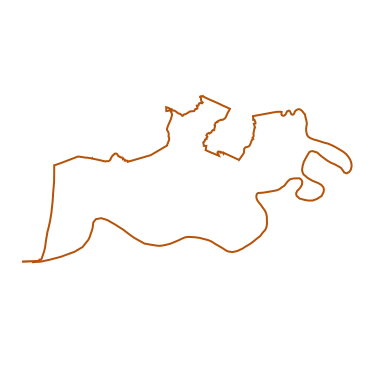 the district of Pueblo Viejo, Veracruz, Mexico, rotated 192°
{"feature_id": "50627088B14771067875898", "entity_name": "Pueblo Viejo", "entity_type": "district", "adm_level": 2, "iso_a3": "MEX", "parent_name": "Mexico", "parent_adm1": "Veracruz", "projection": "mercator", "projection_center": [-97.929, 22.164], "detail": "fine", "context": "isolated", "style": "outline", "palette": "amber", "viewbox_px": 384, "rotation_deg": 192, "n_neighbors": 0, "source": "geoboundaries", "source_scale": "gbopen_adm2", "svg_char_len": 5999}
<svg xmlns="http://www.w3.org/2000/svg" viewBox="0 0 384 384"><g transform="rotate(192 192 192)"><path d="M227.5,131.6L226.3,131.8L223.6,131.8L215.4,132.2L212.4,132.6L210.3,133.3L207.2,134.6L202.4,136.9L194.9,142.1L192.7,143.9L189.2,146.3L186.0,147.4L180.0,148.3L175.4,148.7L166.1,148.3L162.5,147.6L159.2,146.3L150.9,143.6L146.7,141.9L145.2,141.5L144.2,141.4L141.6,141.5L139.5,141.8L138.3,142.4L135.7,143.5L130.5,147.4L129.5,148.6L126.9,150.9L123.4,154.3L118.2,160.7L116.1,163.2L114.3,167.0L112.5,170.1L111.9,172.8L112.0,176.5L113.4,182.3L114.1,184.5L115.3,187.0L117.2,189.3L120.1,191.9L121.9,193.7L123.5,194.9L125.8,196.9L126.9,198.1L127.8,199.8L128.2,201.4L128.2,202.8L128.1,203.5L127.5,204.4L126.7,204.9L122.1,206.2L112.9,209.8L109.4,211.3L107.1,212.9L105.0,215.4L103.1,217.1L100.6,222.3L98.8,224.8L95.4,226.4L92.1,227.2L89.8,227.7L87.8,226.9L86.2,224.9L86.0,221.8L86.8,219.3L87.7,217.4L89.3,215.0L89.9,212.3L88.9,210.0L85.4,208.0L80.5,207.7L76.6,207.8L72.1,208.8L68.3,211.2L64.3,215.2L63.3,219.4L63.5,222.0L64.7,224.2L67.0,225.8L70.4,227.0L73.6,227.5L76.6,228.1L79.5,229.0L82.3,230.0L84.6,231.4L86.5,232.3L87.9,234.2L89.0,236.6L89.2,240.5L88.9,244.7L87.5,249.7L85.6,255.3L84.4,256.4L82.4,257.1L77.6,256.6L73.7,254.3L69.4,252.3L65.8,250.7L62.5,249.6L58.0,248.7L54.0,247.5L51.5,246.7L49.5,245.0L47.1,242.7L44.6,242.4L42.4,244.3L41.2,247.1L41.3,250.9L41.9,252.5L41.9,252.8L42.8,254.6L44.1,256.6L46.2,258.8L49.0,261.1L52.4,262.8L56.6,264.3L60.2,265.5L64.0,266.6L68.9,267.6L72.6,267.7L80.5,268.5L84.2,268.7L87.4,269.3L89.7,270.2L91.5,272.0L92.8,274.9L93.6,278.0L93.8,281.3L93.8,282.7L94.8,285.3L96.9,289.5L97.6,291.3L98.0,291.8L98.6,292.0L100.7,293.8L101.9,294.6L103.1,295.1L104.4,295.3L105.1,295.1L106.2,294.5L107.4,293.3L108.1,292.1L108.4,290.1L108.7,289.3L109.3,288.7L109.9,288.5L110.7,288.6L111.1,288.8L112.4,290.6L113.2,291.5L114.4,291.7L115.6,290.8L116.1,289.4L116.5,287.7L117.1,286.5L118.1,285.7L119.1,285.5L120.1,285.8L120.7,286.7L121.0,288.1L120.9,288.9L121.3,289.0L125.5,288.1L128.4,287.0L148.1,278.9L147.1,275.3L146.1,275.7L145.8,275.4L145.2,274.5L145.2,274.3L144.6,273.8L144.4,273.3L144.2,272.2L145.7,271.6L144.0,268.6L143.7,268.1L144.1,267.8L144.1,262.0L143.8,261.3L143.7,260.8L143.4,260.1L143.4,259.6L143.5,258.9L143.8,257.9L144.1,257.4L143.1,256.5L143.9,255.7L144.3,254.9L144.4,254.4L145.0,250.4L145.3,249.6L145.5,249.1L146.0,248.4L146.4,248.1L146.9,247.8L148.8,246.9L149.2,246.5L149.7,245.7L149.9,244.8L149.4,241.8L149.6,240.3L150.2,238.8L152.7,233.1L152.8,233.2L168.7,236.8L169.0,236.0L169.4,236.6L169.6,237.0L169.8,237.2L170.8,236.8L170.9,236.7L171.4,237.0L172.2,237.0L172.4,236.9L172.6,236.5L173.1,236.9L173.0,237.2L173.5,237.2L174.9,237.0L175.2,236.3L175.3,235.9L173.1,233.0L183.7,235.0L187.4,235.8L187.6,240.1L190.0,239.6L190.1,240.0L191.3,242.8L190.7,243.4L190.7,243.9L190.4,244.4L190.1,244.7L190.0,245.2L190.1,246.1L188.8,246.8L189.0,247.4L189.1,248.0L188.5,248.5L188.4,249.2L189.3,250.2L189.7,250.4L189.6,251.1L189.4,251.7L189.0,252.2L188.6,252.5L187.9,253.2L187.1,252.9L186.9,253.3L186.5,253.5L186.0,254.0L185.8,254.1L185.4,254.7L185.3,255.3L185.0,256.2L184.7,256.7L183.1,257.1L183.3,258.6L183.1,260.6L183.2,261.5L183.8,261.8L183.9,262.0L183.7,262.5L183.5,263.7L183.5,264.3L183.2,264.7L182.9,264.8L182.7,265.0L182.4,265.4L182.3,265.7L181.7,265.6L181.5,265.8L181.4,266.4L181.2,266.9L180.9,267.0L180.3,267.6L179.3,268.1L179.1,268.4L178.6,268.7L178.3,268.8L177.9,268.7L177.0,269.0L175.2,270.7L174.8,271.4L174.4,272.7L173.5,277.0L173.1,278.2L172.5,280.0L172.2,281.3L178.0,282.6L179.7,282.9L184.4,284.1L196.0,286.5L200.7,287.7L201.2,288.1L201.4,287.8L201.9,287.5L202.0,287.6L202.3,287.8L202.8,287.5L203.5,287.4L203.9,286.9L203.9,286.6L202.9,286.4L202.9,285.6L202.5,284.8L202.5,284.2L202.1,283.6L201.5,282.5L201.2,282.2L200.9,282.2L200.1,281.8L200.2,281.5L200.4,281.1L201.0,280.7L202.2,280.8L202.7,280.7L203.2,280.4L203.5,280.0L203.6,279.4L203.6,278.6L203.7,277.9L204.2,277.6L205.1,277.6L205.3,277.5L205.2,277.2L204.6,276.3L204.2,275.5L204.1,274.8L204.7,274.2L205.1,274.0L205.7,273.9L206.3,273.4L206.4,272.5L206.7,271.7L207.9,271.2L209.2,270.9L210.3,270.4L210.6,270.5L214.1,267.1L216.1,266.0L216.9,264.6L217.5,264.5L218.0,265.0L218.3,265.2L219.7,265.9L220.7,266.0L222.0,266.1L224.3,267.3L226.1,268.0L227.9,267.6L228.9,268.7L231.7,269.1L232.8,269.4L234.9,269.6L234.2,266.7L233.9,265.8L231.6,266.7L231.0,267.7L230.0,267.1L227.8,264.2L227.5,263.0L227.8,259.5L227.8,258.5L228.4,256.4L228.5,255.4L229.3,251.5L229.6,248.4L229.4,247.6L228.7,246.9L228.5,246.5L227.8,245.9L227.5,245.4L227.1,244.6L226.8,243.9L226.8,243.7L226.6,242.6L226.6,241.6L225.7,240.4L225.4,239.6L225.3,238.8L225.3,237.5L225.6,236.5L225.6,236.3L225.7,234.7L225.9,234.3L226.1,233.4L226.0,232.3L240.1,219.4L260.9,208.3L260.9,208.8L261.3,209.1L262.6,209.1L263.0,208.8L263.6,208.7L263.9,208.9L264.3,208.8L264.4,209.6L264.7,209.8L265.5,209.9L266.1,209.8L266.3,209.7L266.5,210.6L266.8,211.0L267.4,211.2L268.4,210.9L268.7,211.0L269.0,211.3L269.9,211.2L270.3,211.6L271.1,211.8L271.4,211.7L272.2,212.4L272.9,213.3L273.0,213.5L273.7,213.8L274.3,213.8L274.5,213.8L275.2,213.4L275.8,213.3L276.0,212.6L276.5,212.1L276.6,211.8L277.0,211.4L277.6,210.3L278.4,207.9L278.5,206.9L278.9,206.1L279.4,205.4L279.9,204.9L280.6,204.6L281.7,204.5L282.3,204.3L282.9,203.9L285.6,203.9L292.8,204.0L296.6,203.9L296.8,204.3L297.0,204.1L297.4,204.0L299.6,203.9L301.7,203.8L302.4,203.6L304.7,203.4L307.4,203.3L308.3,203.2L309.5,203.2L311.2,202.8L326.5,192.9L332.1,189.5L332.3,189.5L330.4,180.3L329.0,173.2L327.5,161.4L326.4,154.0L325.2,142.3L324.8,134.2L324.9,126.5L325.1,123.1L324.7,113.3L324.2,107.7L324.3,103.4L325.2,95.3L325.7,94.6L327.2,94.1L327.2,93.3L327.4,92.9L327.8,92.7L331.9,91.6L340.6,89.5L341.8,89.1L342.4,89.1L342.8,89.0L342.8,88.7L342.2,88.8L341.8,88.9L333.1,91.2L333.0,90.3L325.5,92.4L317.9,95.8L307.1,101.2L294.5,109.1L287.6,115.4L283.4,123.8L282.7,126.8L281.7,135.2L282.2,141.8L280.3,145.5L275.4,147.5L269.2,147.0L260.7,144.3L251.3,140.8L245.3,137.9L238.9,135.1L227.5,131.6Z" fill="none" stroke="#b45309" stroke-width="2"/></g></svg>